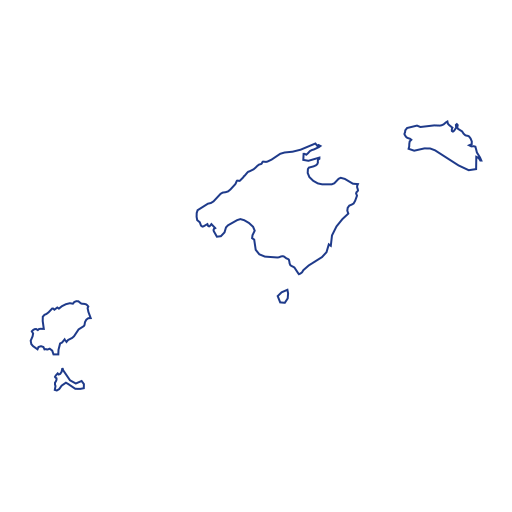 map outline of Baleares (orthographic projection)
{"feature_id": "ESP-5808", "entity_name": "Baleares", "entity_type": "Autonomous Community", "adm_level": 1, "iso_a3": "ESP", "parent_name": "Spain", "parent_adm1": "", "projection": "orthographic", "projection_center": [2.709, 39.359], "detail": "fine", "context": "isolated", "style": "outline", "palette": "blue", "viewbox_px": 512, "rotation_deg": 0, "n_neighbors": 0, "source": "natural_earth", "source_scale": "10m", "svg_char_len": 4001}
<svg xmlns="http://www.w3.org/2000/svg" viewBox="0 0 512 512"><path d="M340.7,177.8L344.8,178.9L352.9,183.7L357.9,184.1L357.1,186.0L357.2,187.6L357.7,189.0L358.0,190.5L357.4,191.4L356.5,192.2L356.1,193.4L357.0,195.7L355.1,200.9L353.6,203.5L351.7,204.6L349.3,205.6L347.7,207.8L347.3,210.7L348.3,213.6L342.5,219.0L336.5,226.4L332.0,235.4L330.8,245.8L329.4,244.9L328.8,244.4L326.5,252.2L322.0,257.1L308.8,265.4L303.3,270.2L302.2,272.1L301.6,272.7L300.3,273.6L298.9,274.2L298.3,273.4L294.4,267.5L293.4,266.9L291.2,265.8L290.3,265.1L289.6,263.4L289.3,261.3L288.8,259.6L287.8,258.9L286.4,258.4L284.1,256.6L282.9,256.2L281.2,256.4L278.9,257.3L277.5,257.5L264.9,256.6L259.3,254.3L255.7,249.8L254.2,239.6L252.1,238.2L252.5,235.2L254.7,230.7L253.1,226.8L249.0,223.0L244.2,220.2L240.4,219.1L237.2,220.1L228.0,225.3L226.0,227.4L224.5,232.4L220.9,236.2L216.9,236.7L214.2,231.9L213.9,231.5L213.5,230.0L214.0,228.8L215.2,228.1L211.4,224.1L210.2,225.7L209.1,226.4L208.1,225.9L207.4,224.1L203.4,226.4L202.4,226.6L201.0,225.6L199.8,222.3L197.2,220.1L196.6,216.8L196.7,213.0L197.6,210.2L207.9,203.7L210.9,203.0L213.5,201.4L220.6,193.8L222.7,192.6L225.6,192.2L228.1,191.4L230.5,189.4L235.0,184.5L235.6,183.7L236.6,181.3L237.0,180.7L237.6,180.6L239.3,180.9L239.9,180.7L243.4,177.2L243.8,176.3L244.5,175.9L247.4,172.5L248.3,171.7L249.4,171.4L253.6,169.3L255.6,167.6L257.3,165.9L259.0,164.6L261.1,164.0L261.6,163.7L262.5,162.0L263.0,161.6L266.0,161.9L267.4,161.6L271.6,159.6L280.2,153.8L284.6,152.5L292.6,151.7L300.6,149.7L315.4,143.5L317.4,146.0L318.1,145.2L318.5,145.0L320.4,146.0L318.9,147.1L313.8,149.5L312.0,150.0L309.9,151.1L308.0,153.2L306.3,154.7L304.7,153.9L303.6,153.9L303.3,159.9L308.4,160.8L319.4,157.6L319.4,158.8L318.0,159.8L317.8,161.1L317.9,162.4L317.4,163.9L316.6,164.8L315.8,165.4L313.5,166.4L308.9,167.6L307.9,169.1L307.7,173.0L309.4,177.1L313.2,180.8L317.8,183.4L322.0,184.3L331.8,184.3L334.3,183.3L338.6,178.8L340.7,177.8ZM476.2,149.7L476.9,152.5L480.0,157.5L481.3,160.5L480.3,160.5L479.7,159.4L478.8,158.3L477.6,157.4L476.3,156.8L476.1,169.1L468.7,170.2L458.5,165.4L435.0,150.3L430.2,148.5L424.4,148.4L414.2,150.7L408.6,148.8L409.2,146.5L409.3,143.8L409.7,141.4L411.3,139.8L410.1,138.8L407.2,137.8L405.9,136.7L404.5,134.4L404.5,133.5L405.0,132.5L405.3,130.3L407.1,128.0L417.0,125.6L420.4,127.0L434.2,125.4L439.9,125.6L441.5,125.3L443.6,124.4L445.9,122.4L447.4,121.5L447.9,123.7L449.2,125.1L452.4,127.7L452.1,128.2L451.8,129.6L451.9,131.0L452.9,131.6L453.8,131.0L454.8,129.7L456.2,127.6L455.9,124.9L456.8,124.1L457.7,125.1L457.2,127.6L458.1,128.9L462.1,131.4L463.0,132.8L463.6,133.7L465.1,135.1L465.9,135.5L468.0,135.9L469.0,136.4L470.6,138.5L471.8,141.5L471.7,144.2L469.2,145.3L471.4,146.4L473.7,146.2L475.4,146.7L476.2,149.7ZM88.3,306.5L87.6,308.1L88.4,311.9L90.7,318.1L88.3,318.2L86.3,319.7L85.0,322.1L84.5,325.0L83.8,326.1L78.6,329.4L74.0,336.3L72.2,337.9L68.1,340.0L66.5,341.9L66.0,341.1L65.0,340.2L64.6,339.4L62.1,342.5L60.1,343.5L58.5,349.8L58.3,354.4L53.5,354.4L52.2,350.6L49.7,348.7L47.5,349.5L46.5,349.4L46.0,349.2L45.9,349.1L44.5,349.4L43.4,347.0L41.0,346.2L38.5,347.0L37.5,349.3L33.0,346.1L31.3,344.1L30.7,340.7L32.6,336.3L33.1,333.5L31.8,331.3L33.0,330.1L34.5,329.2L36.1,329.0L37.8,330.1L38.9,329.1L40.3,328.8L43.8,328.9L42.7,321.0L42.8,316.7L44.5,314.8L46.4,314.0L48.6,312.3L52.2,308.5L53.1,308.5L54.4,309.7L57.3,307.5L58.9,308.6L61.9,306.2L65.9,304.2L69.9,303.2L72.9,303.7L74.3,302.0L76.3,301.2L78.4,301.3L80.8,303.3L81.8,303.7L84.4,303.9L86.0,304.3L87.2,305.2L88.3,306.5ZM75.8,383.5L81.6,381.0L83.9,384.1L83.8,388.2L80.3,388.9L75.3,388.8L68.2,384.0L65.9,382.7L63.0,384.7L61.6,385.7L59.2,389.1L56.8,390.5L54.8,389.9L55.5,386.1L55.0,384.6L55.0,382.7L55.8,381.5L56.5,379.8L56.5,378.3L55.5,377.6L55.0,376.9L55.8,375.5L57.7,373.4L58.7,374.5L60.2,373.9L61.6,371.8L62.2,368.9L62.7,368.8L62.9,369.1L62.9,369.5L63.0,370.0L70.0,380.3L75.8,383.5ZM288.1,293.4L287.7,298.4L284.8,302.8L280.2,302.4L277.7,296.1L281.6,292.3L287.4,289.8L288.1,293.4Z" fill="none" stroke="#1e3a8a" stroke-width="2"/></svg>